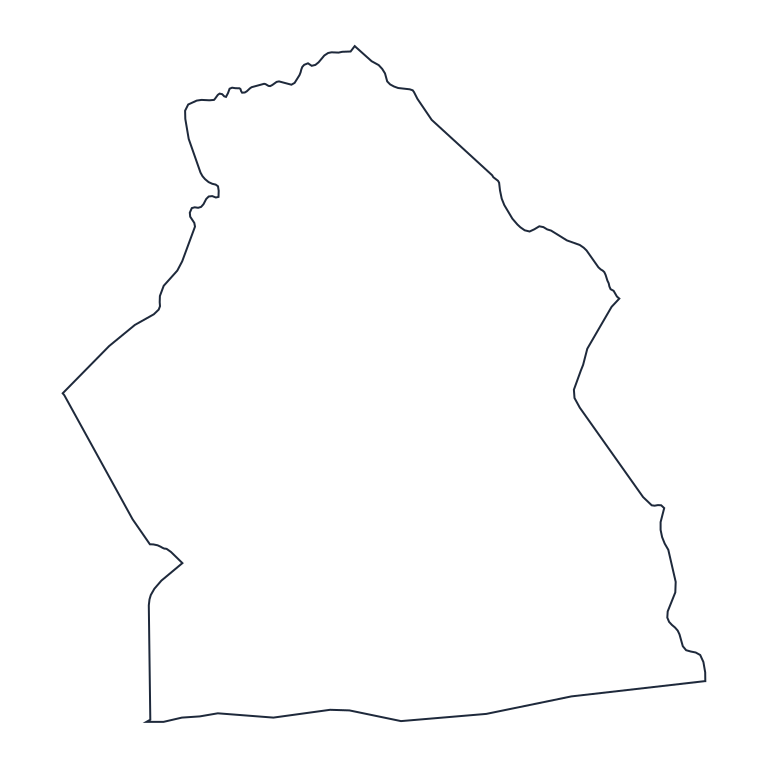 map outline of Alibori (orthographic projection)
{"feature_id": "BEN-2170", "entity_name": "Alibori", "entity_type": "Department", "adm_level": 1, "iso_a3": "BEN", "parent_name": "Benin", "parent_adm1": "", "projection": "orthographic", "projection_center": [2.909, 11.459], "detail": "fine", "context": "isolated", "style": "outline", "palette": "slate", "viewbox_px": 768, "rotation_deg": 0, "n_neighbors": 0, "source": "natural_earth", "source_scale": "10m", "svg_char_len": 2432}
<svg xmlns="http://www.w3.org/2000/svg" viewBox="0 0 768 768"><path d="M619.3,298.6L611.6,306.8L587.3,348.7L583.1,364.9L580.9,370.4L573.9,389.7L574.5,398.0L579.8,407.7L643.1,497.1L651.7,505.3L654.6,505.7L657.9,505.1L658.3,505.1L661.2,505.3L664.2,508.1L660.6,522.1L660.6,529.9L662.1,537.1L664.7,543.6L668.3,549.8L675.7,581.9L675.3,592.4L667.7,611.4L667.3,617.6L669.1,621.9L671.9,624.9L675.0,627.5L677.7,630.6L679.5,634.4L682.8,646.2L686.1,650.2L690.7,651.5L695.7,652.5L700.2,655.0L703.4,662.0L705.2,672.4L705.3,681.1L705.2,681.1L571.4,696.4L486.3,713.9L401.0,721.1L349.4,710.4L330.1,709.8L273.4,717.6L217.8,713.3L199.8,716.4L181.9,717.6L163.4,721.9L146.4,721.9L150.3,719.7L148.8,605.3L149.5,599.4L150.8,595.0L154.4,588.7L161.4,580.6L182.4,563.1L170.9,551.9L166.8,549.0L165.9,548.7L164.3,548.6L162.5,547.8L160.8,546.8L157.6,545.3L153.3,544.4L149.9,544.3L132.6,519.3L64.3,395.2L62.7,393.3L109.2,346.0L134.9,324.9L153.8,314.3L158.7,309.6L160.0,306.2L159.7,302.2L159.9,296.0L163.7,285.8L177.3,270.6L182.2,261.3L195.0,226.6L194.3,222.9L190.2,216.7L189.8,212.7L191.8,208.1L194.7,207.3L198.1,207.8L201.1,206.9L203.5,204.2L206.2,199.0L208.7,196.5L212.2,196.1L215.9,197.5L218.5,196.9L218.7,190.8L218.0,186.3L215.7,184.6L212.3,183.8L208.6,182.1L205.0,179.1L202.5,176.2L200.5,172.6L188.7,138.9L185.3,118.9L185.1,110.7L188.2,104.5L196.7,100.6L201.5,99.9L209.5,100.3L214.0,99.9L214.9,98.9L217.8,94.9L219.6,93.6L222.2,94.2L224.2,96.3L226.0,96.9L228.0,93.1L229.6,88.7L232.1,87.7L235.4,88.2L239.5,88.3L240.5,89.1L241.1,91.1L242.1,92.7L244.8,92.5L246.8,91.3L250.0,88.3L251.6,87.2L264.1,83.8L265.5,84.1L268.5,85.9L270.2,86.1L272.3,85.0L276.6,81.9L279.0,81.4L291.4,84.7L294.6,82.9L299.5,75.1L300.6,72.3L301.3,69.5L302.3,66.9L304.2,64.8L308.0,63.3L311.7,65.8L315.4,64.9L318.6,62.3L324.3,55.5L328.1,53.0L331.5,52.3L338.6,52.6L342.2,51.8L350.6,51.5L354.7,46.1L371.6,61.2L378.7,65.1L382.2,68.9L385.0,73.4L387.2,81.4L390.1,84.4L394.0,86.5L398.1,88.0L409.7,89.3L412.7,90.3L414.0,92.1L417.4,98.8L431.7,119.9L492.2,175.3L493.3,177.2L498.0,180.8L499.1,182.7L500.0,190.4L501.7,198.6L504.3,205.1L512.4,218.7L517.4,224.5L520.4,227.3L524.7,230.3L529.6,231.5L534.3,229.3L539.3,226.3L543.4,227.1L547.2,229.4L551.1,230.6L566.9,240.4L579.8,245.0L583.7,247.7L586.5,250.4L598.4,267.3L600.7,269.4L602.7,270.6L604.3,272.1L605.6,274.9L607.4,280.6L608.7,283.3L609.4,286.5L610.6,289.2L613.6,290.8L616.9,296.5L619.3,298.6Z" fill="none" stroke="#1e293b" stroke-width="2"/></svg>